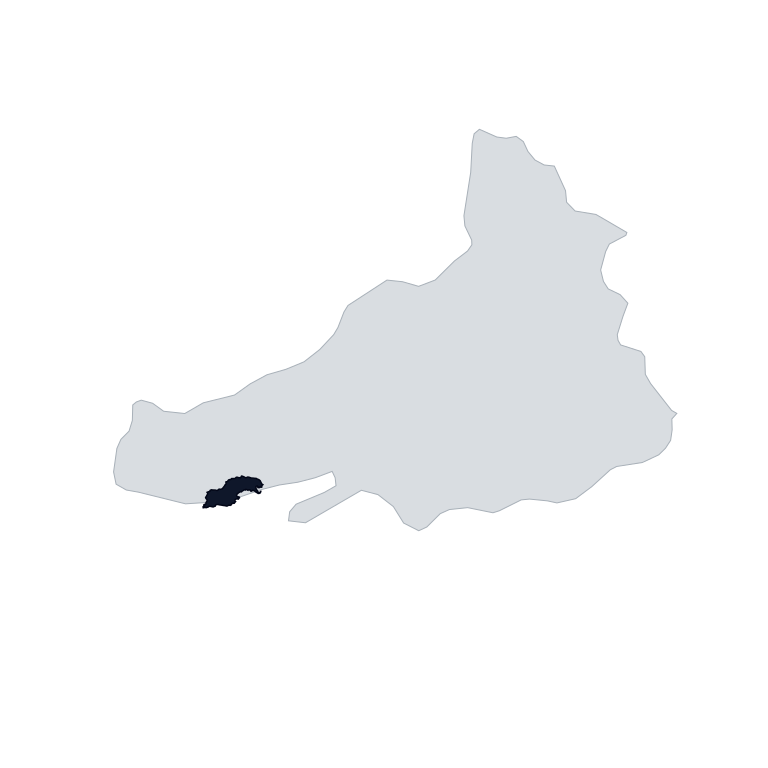 Miches, El Seybo, Dominican Republic shown in context, rotated 154°
{"feature_id": "3306468B50398630049357", "entity_name": "Miches", "entity_type": "district", "adm_level": 2, "iso_a3": "DOM", "parent_name": "Dominican Republic", "parent_adm1": "El Seybo", "projection": "mercator", "projection_center": [-69.004, 18.966], "detail": "fine", "context": "in_parent", "style": "filled", "palette": "ink", "viewbox_px": 768, "rotation_deg": 154, "n_neighbors": 0, "source": "geoboundaries", "source_scale": "gbopen_adm2", "svg_char_len": 6461}
<svg xmlns="http://www.w3.org/2000/svg" viewBox="0 0 768 768"><g transform="rotate(154 384 384)"><path d="M135.4,505.2L136.1,478.2L140.2,467.3L136.4,455.7L119.2,443.5L108.6,427.7L99.3,413.7L101.4,411.6L120.1,411.0L126.7,405.9L139.3,391.5L141.8,380.0L140.8,371.2L132.6,360.8L129.4,349.7L139.5,340.1L152.7,326.1L154.5,320.7L154.2,315.4L138.8,300.6L137.7,294.2L144.9,278.1L144.2,267.5L137.1,234.2L133.7,229.2L140.6,226.4L145.1,216.5L151.1,207.7L159.1,202.9L168.1,199.9L186.2,200.2L211.1,207.9L218.2,207.7L242.1,200.7L262.0,196.9L280.7,201.3L288.3,207.3L303.7,216.8L311.5,219.7L335.9,219.5L342.5,220.5L363.0,236.2L380.3,242.5L390.3,242.8L408.2,236.7L417.1,236.9L427.3,250.4L429.3,269.7L437.9,287.2L450.9,298.4L515.4,293.7L529.8,302.9L524.8,310.5L515.7,314.5L485.1,312.7L471.7,313.6L469.0,321.2L468.9,328.2L486.9,329.9L504.5,333.5L522.3,339.1L540.6,342.9L561.1,345.4L581.3,349.5L614.9,363.3L652.2,394.5L662.1,401.7L668.7,411.4L665.6,423.5L652.3,443.2L644.7,449.6L633.8,453.4L626.2,461.5L619.0,475.3L614.5,476.4L609.3,475.9L600.4,468.1L594.0,456.1L576.0,444.8L554.7,446.3L523.2,439.6L504.2,442.8L485.1,443.6L465.7,440.2L446.1,439.0L426.5,443.2L407.6,450.4L400.6,455.0L388.4,466.3L381.9,470.4L335.8,476.1L322.5,467.8L310.1,456.6L292.4,455.0L266.7,463.7L250.6,466.9L244.0,470.6L242.1,474.9L242.0,490.6L238.4,500.2L213.3,536.2L199.2,561.6L193.3,569.4L186.6,571.1L174.3,556.5L166.4,551.3L156.6,548.6L152.5,540.8L152.7,529.8L150.1,519.1L144.1,510.7L135.4,505.2Z" fill="#d9dde1" stroke="#a8b0b8" stroke-width="1"/><path d="M600.7,352.0L600.4,352.0L600.0,351.9L599.9,351.8L599.6,351.7L599.4,351.6L599.2,351.5L598.9,351.3L598.7,351.3L598.6,351.2L598.3,351.1L598.1,351.0L598.0,350.8L597.7,350.7L597.2,350.7L596.8,350.6L596.7,350.7L596.4,350.7L596.2,350.5L595.8,350.5L595.5,350.7L595.2,350.7L595.0,350.8L594.8,350.7L594.6,350.6L594.3,350.5L594.1,350.3L593.9,350.3L593.7,350.1L593.3,349.9L593.1,349.7L592.8,349.6L592.5,349.3L592.5,349.2L592.2,349.1L592.0,348.9L591.8,348.7L591.7,348.5L591.5,348.4L591.0,348.4L590.0,348.3L589.2,348.2L589.0,348.4L588.9,348.7L588.4,349.0L587.1,349.0L586.9,348.9L586.6,348.8L586.2,348.5L586.0,348.4L585.7,348.3L585.6,348.1L585.4,348.1L585.0,347.7L584.8,347.5L584.7,347.4L584.5,347.2L584.1,347.0L583.7,346.8L583.5,346.6L583.3,346.5L583.2,346.4L582.9,346.2L582.7,346.0L582.5,345.9L582.4,345.8L582.3,345.7L582.2,345.7L581.6,345.2L580.7,344.7L580.4,344.4L580.0,344.1L579.7,344.0L579.6,343.8L579.3,343.7L579.0,343.3L578.6,343.1L578.3,343.1L577.9,343.1L577.0,343.2L576.7,343.0L576.1,342.9L576.0,342.7L575.4,342.6L575.0,342.5L575.0,342.4L574.5,342.5L574.3,342.5L574.2,342.4L573.9,342.6L573.6,342.8L573.3,343.1L573.2,343.1L573.1,343.3L572.5,343.3L572.0,343.1L571.9,343.0L571.7,342.8L571.5,342.7L571.1,342.7L570.9,342.5L570.7,342.5L570.2,343.0L569.8,343.0L569.4,343.2L569.4,343.4L569.1,343.5L569.4,343.8L569.4,344.1L569.3,344.3L569.2,344.5L569.1,344.8L568.7,345.0L568.4,345.3L568.1,345.4L567.2,345.4L566.9,345.3L566.5,345.3L566.0,345.1L565.9,345.1L565.9,344.9L565.7,344.9L565.6,344.6L565.4,344.4L564.9,344.7L564.8,344.8L564.6,344.8L564.3,345.0L564.2,345.0L563.7,345.2L563.6,345.3L563.6,345.5L563.7,345.8L563.9,345.9L563.9,346.0L564.0,346.1L564.3,346.4L564.6,346.4L564.6,346.5L564.8,346.7L565.0,346.9L565.0,347.0L565.3,347.2L565.3,347.4L565.5,347.6L565.5,348.0L565.3,348.5L565.1,348.8L564.9,349.0L564.6,349.2L564.5,349.4L564.1,349.6L563.7,349.6L563.3,349.7L563.2,349.8L562.9,350.0L562.5,349.9L562.2,350.0L561.4,350.1L561.0,350.1L560.5,350.1L559.9,349.9L559.7,349.6L559.3,349.6L559.2,349.8L558.0,349.9L557.9,350.0L556.7,350.0L556.3,350.1L556.1,350.2L555.8,350.1L555.7,350.0L555.4,349.9L555.2,349.6L554.9,349.9L554.4,349.8L554.4,349.7L554.1,349.6L554.0,349.4L553.8,349.3L553.6,349.1L553.2,348.5L552.9,348.2L552.7,348.5L552.0,348.2L551.7,348.1L551.5,347.9L551.3,347.9L551.0,347.8L550.9,347.4L550.9,347.1L550.7,346.8L550.7,346.3L550.5,345.9L549.9,345.8L549.6,345.9L549.4,346.0L549.1,346.0L549.1,345.9L548.8,345.9L548.7,345.8L548.4,345.9L548.2,345.7L547.8,345.5L547.8,345.4L547.6,345.3L547.5,345.0L547.4,345.0L547.2,344.8L547.2,344.6L547.0,344.4L547.0,344.2L546.9,344.2L546.7,343.8L546.7,343.6L546.5,343.0L546.4,342.9L546.3,342.6L545.6,341.8L545.5,341.5L545.2,341.1L545.1,340.8L544.9,340.7L544.6,340.6L544.4,340.6L544.2,340.6L543.8,340.5L543.8,340.4L543.6,340.4L543.6,340.5L543.1,340.4L543.0,340.6L542.7,340.6L542.4,341.0L542.1,341.1L541.8,341.5L542.0,341.6L542.3,341.2L542.5,341.1L543.0,341.1L543.7,341.0L544.0,341.2L544.0,341.3L544.6,342.3L544.6,342.7L544.7,343.0L544.6,343.4L544.7,344.3L544.7,344.5L544.8,344.8L544.8,345.2L544.9,345.4L544.8,346.3L544.7,346.4L544.6,346.8L544.4,347.2L544.3,347.3L544.2,347.5L544.1,347.8L543.9,348.0L543.7,348.1L543.3,348.1L542.7,347.9L542.4,347.6L542.3,347.2L542.5,347.1L542.6,346.9L542.7,346.4L542.4,346.4L542.2,346.4L542.0,346.0L541.9,345.9L542.0,345.7L541.9,345.5L541.7,345.5L541.4,345.8L541.1,345.7L540.8,345.6L540.7,345.5L540.3,345.7L540.2,345.8L539.9,345.9L539.9,346.0L539.4,346.0L538.7,346.3L537.9,346.5L537.6,346.4L537.0,346.6L537.6,347.6L537.7,347.9L537.7,350.8L537.7,351.4L537.9,351.8L538.4,352.9L539.7,354.3L540.2,355.1L540.4,355.3L541.9,356.1L542.9,356.8L544.4,357.6L546.2,359.4L547.2,360.1L548.9,360.2L549.2,360.3L549.5,360.5L550.0,361.0L550.4,361.7L550.6,362.0L551.9,363.4L552.3,363.7L552.5,363.7L553.7,362.8L554.0,362.6L554.5,362.8L555.2,363.3L555.9,363.7L556.8,364.6L557.2,364.8L557.8,364.9L558.8,364.5L559.7,364.5L562.4,365.8L562.7,365.7L563.2,365.5L563.6,365.4L564.0,365.5L564.8,365.8L565.6,365.9L566.0,365.8L567.3,365.1L567.7,365.0L568.1,365.0L568.7,365.3L569.0,365.3L569.1,365.1L569.3,364.6L569.6,363.7L570.0,363.3L570.2,363.2L571.1,363.0L572.0,362.3L574.7,361.0L575.3,360.8L576.3,360.8L576.9,360.9L577.2,361.1L577.9,361.6L578.4,361.8L579.2,361.7L580.0,361.4L580.7,361.4L581.1,361.7L582.1,362.6L584.4,363.8L585.2,364.4L585.6,364.6L586.3,364.6L586.9,364.6L587.1,364.5L587.5,363.9L587.9,363.8L588.9,364.1L590.5,364.2L590.4,363.6L590.4,363.2L590.5,362.8L590.8,362.4L591.2,362.1L592.0,361.6L593.1,360.7L593.9,360.4L594.1,360.2L594.2,359.7L594.1,358.7L593.7,357.5L593.8,357.2L594.0,356.9L594.8,356.1L595.6,355.7L595.9,355.5L596.2,355.1L596.6,354.4L596.9,354.2L597.3,354.1L597.9,354.4L598.3,354.5L598.6,354.5L598.9,354.3L599.1,354.1L599.1,353.8L598.8,353.0L598.8,352.8L598.9,352.5L599.1,352.4L599.3,352.4L600.0,353.0L600.4,353.0L600.5,352.9L600.6,352.7L600.7,352.0ZM539.2,344.9L538.9,345.0L538.8,345.3L539.1,345.4L539.8,345.2L539.5,345.0L539.2,344.9Z" fill="#0f172a" stroke="#020617" stroke-width="1.5"/></g></svg>